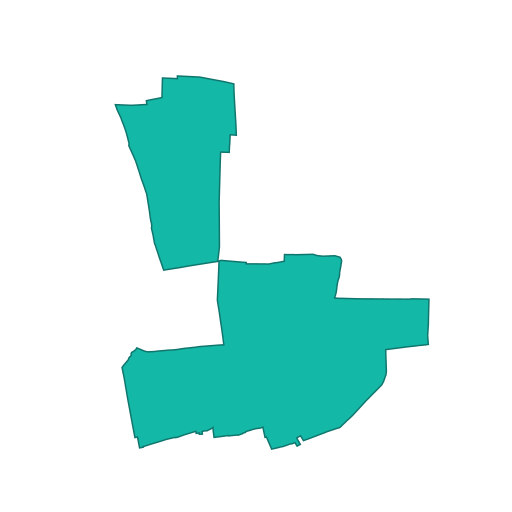 outline of Santa Lucía del Camino, Oaxaca, Mexico, rotated 257°
{"feature_id": "50627088B1841246118365", "entity_name": "Santa Lucía del Camino", "entity_type": "district", "adm_level": 2, "iso_a3": "MEX", "parent_name": "Mexico", "parent_adm1": "Oaxaca", "projection": "albers", "projection_center": [-96.693, 17.063], "detail": "fine", "context": "isolated", "style": "filled", "palette": "teal", "viewbox_px": 512, "rotation_deg": 257, "n_neighbors": 0, "source": "geoboundaries", "source_scale": "gbopen_adm2", "svg_char_len": 4877}
<svg xmlns="http://www.w3.org/2000/svg" viewBox="0 0 512 512"><g transform="rotate(257 256 256)"><path d="M251.0,284.1L247.0,283.0L245.0,282.5L244.5,282.4L244.6,281.3L244.6,280.4L244.7,277.6L244.9,274.2L245.2,272.6L245.2,270.7L245.3,266.4L245.4,266.1L246.4,262.3L246.7,260.9L248.7,252.6L250.5,244.8L251.9,245.0L253.6,239.6L256.6,230.2L259.6,221.0L259.5,218.9L248.5,215.9L234.1,211.9L221.6,208.4L208.2,207.5L207.3,207.4L206.5,207.3L206.2,207.3L198.0,206.6L194.9,206.4L192.6,206.2L182.6,205.3L180.4,205.0L178.8,204.9L176.6,204.6L177.2,202.1L177.8,198.1L179.6,186.1L180.1,183.0L180.5,179.8L180.8,175.7L181.1,173.9L181.4,170.9L182.1,165.4L182.4,161.5L182.6,158.6L182.8,156.6L183.1,154.2L183.6,151.5L184.1,148.7L184.3,146.9L185.4,139.3L185.8,135.3L186.6,131.0L187.0,128.9L187.6,127.4L188.6,125.7L193.0,119.6L193.3,119.3L192.5,118.5L191.7,117.6L191.0,115.9L190.4,114.8L190.1,113.2L189.1,112.4L187.1,112.0L186.6,111.3L186.4,111.0L185.8,109.7L183.4,108.0L182.7,107.0L181.2,105.0L180.2,103.6L177.5,100.4L176.9,100.4L171.8,100.2L169.2,100.2L166.9,100.1L166.6,100.1L165.0,100.0L162.6,99.9L161.1,99.8L160.1,99.7L159.8,99.7L158.5,99.6L157.2,99.5L156.9,99.5L156.1,99.5L154.6,99.4L146.3,98.9L132.8,98.3L123.7,97.9L116.1,97.6L106.3,97.2L106.3,98.9L106.3,99.2L106.3,99.8L105.9,99.8L95.5,99.4L95.2,99.4L95.1,101.5L95.1,102.6L95.1,103.2L95.7,103.2L95.8,104.7L96.0,108.0L96.1,108.4L96.4,112.4L96.4,112.5L96.7,117.3L97.0,121.7L97.4,126.6L97.5,127.0L97.5,136.3L97.1,136.6L97.1,139.4L97.2,140.1L97.9,145.8L98.2,150.1L98.2,150.3L98.4,153.0L98.4,153.3L98.5,154.4L98.7,157.9L96.6,157.8L96.4,160.8L95.1,160.6L94.5,163.7L95.0,163.8L95.7,163.8L96.8,163.9L97.1,164.0L97.2,166.6L96.7,168.8L96.7,169.0L96.8,169.2L97.6,172.6L97.9,173.8L98.1,174.7L98.6,175.4L94.2,174.9L92.8,174.7L92.1,174.7L90.6,174.5L88.7,174.3L88.2,179.2L87.8,183.1L87.3,188.7L86.9,188.7L85.8,197.4L85.7,197.6L85.4,198.4L85.9,202.9L86.3,203.1L86.5,206.1L86.8,206.3L87.1,206.5L87.3,207.3L87.5,211.6L87.5,211.8L87.7,212.2L87.8,216.6L87.8,217.0L87.5,220.2L87.5,220.5L87.4,220.9L87.5,224.4L86.9,224.2L83.6,224.1L83.2,224.1L77.2,224.0L77.2,225.5L70.9,226.6L64.3,227.8L64.3,231.0L64.3,233.8L64.4,238.0L64.3,238.8L64.3,239.8L64.6,241.9L64.6,242.5L65.0,245.8L65.2,247.7L64.9,248.5L65.0,249.4L65.4,251.9L61.5,253.3L62.5,256.8L69.6,254.7L70.8,259.0L65.4,260.7L65.7,262.8L66.0,265.0L66.0,265.3L66.4,268.5L66.7,270.6L67.1,273.6L67.5,276.4L67.9,279.4L68.2,281.5L68.2,281.9L68.7,284.8L68.8,285.5L68.9,286.2L69.9,296.6L69.9,298.0L70.1,299.2L71.1,301.0L71.7,301.8L72.9,303.9L75.0,307.3L76.6,310.3L76.7,310.5L79.2,314.6L82.0,318.7L87.2,326.3L88.9,328.8L90.5,331.1L92.5,334.4L93.1,335.2L98.0,343.0L101.5,348.5L102.3,349.7L105.1,352.1L108.2,354.1L109.8,355.0L110.9,355.9L112.7,356.5L114.3,357.1L125.1,359.2L129.2,360.0L135.6,361.3L133.5,382.7L132.4,391.8L132.3,393.6L131.9,396.5L131.3,401.2L131.1,404.0L131.3,404.0L139.5,405.3L139.9,405.3L141.0,405.7L148.5,407.9L149.4,408.2L149.9,408.4L153.6,409.3L159.9,410.9L175.0,414.8L175.3,413.8L179.1,398.7L179.4,396.3L179.5,395.4L181.7,386.3L182.0,385.0L184.3,375.2L186.0,368.3L186.2,367.2L188.2,359.0L189.9,351.6L191.9,343.6L195.2,331.0L196.0,327.6L196.7,325.4L197.0,324.6L197.4,323.2L198.0,323.4L200.3,324.8L202.9,326.1L204.7,326.8L209.2,328.4L213.1,330.1L216.2,332.0L218.6,333.1L221.2,333.8L226.7,336.2L231.9,338.3L232.9,338.4L233.6,338.3L235.9,337.6L238.5,332.9L238.9,330.8L239.4,328.3L240.2,324.0L240.8,321.0L241.7,318.4L242.7,315.6L244.8,312.0L245.9,306.8L246.5,303.7L247.8,297.5L248.2,295.5L248.4,294.6L248.5,294.2L248.9,293.0L250.3,286.8L250.7,285.3L251.0,284.1ZM435.1,153.0L434.2,153.1L433.9,153.1L431.9,153.4L430.2,153.5L426.8,154.2L421.7,155.3L420.8,155.5L420.5,155.5L416.4,156.0L414.0,156.4L409.2,157.0L406.7,157.2L405.5,157.3L403.4,157.4L402.6,157.4L400.6,157.5L393.7,157.6L392.8,157.1L392.1,156.9L388.5,157.6L386.0,158.1L384.1,158.5L379.9,159.3L375.6,160.1L370.0,160.6L369.0,160.7L367.3,160.8L364.7,161.1L362.9,161.2L356.6,161.7L355.8,161.8L348.0,162.8L346.1,162.9L344.0,163.1L342.0,163.4L340.2,163.4L324.2,162.3L318.2,161.7L313.8,161.4L311.0,161.5L307.9,161.0L307.4,160.6L306.4,160.4L303.2,160.4L299.5,160.4L296.2,160.2L293.9,160.1L291.7,160.0L290.5,160.0L288.7,160.4L285.4,160.6L284.6,160.7L281.8,161.0L276.7,161.4L271.4,162.0L264.6,162.7L263.0,162.9L261.8,179.9L261.5,186.7L261.5,186.8L259.7,212.6L259.3,217.4L264.9,219.5L273.0,222.4L307.7,230.2L308.3,230.3L308.6,230.4L316.8,232.2L354.8,242.1L365.2,244.9L363.7,250.6L363.0,253.2L369.4,255.0L370.1,255.3L379.6,258.0L379.9,258.1L378.6,262.5L378.1,264.0L386.1,265.5L387.7,265.8L389.9,266.2L392.8,266.7L394.7,267.0L397.7,267.5L398.7,267.7L401.8,268.2L403.2,268.4L405.3,268.8L415.3,270.5L420.4,271.4L420.9,271.5L428.7,273.1L432.1,266.1L432.6,265.1L443.0,241.4L449.1,219.9L446.5,219.3L450.5,204.9L431.5,200.0L431.9,188.2L432.0,184.1L430.6,184.0L428.2,183.8L429.9,173.8L430.9,168.3L435.1,153.0Z" fill="#14b8a6" stroke="#0f766e" stroke-width="1.5"/></g></svg>